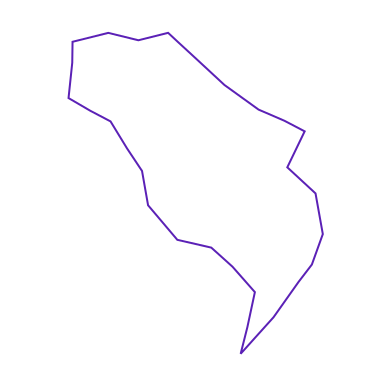 outline of Masari, Cyprus, rotated 6°
{"feature_id": "46923920B88721309897809", "entity_name": "Masari", "entity_type": "district", "adm_level": 2, "iso_a3": "CYP", "parent_name": "Cyprus", "parent_adm1": "", "projection": "equal_earth", "projection_center": [33.076, 35.181], "detail": "fine", "context": "isolated", "style": "outline", "palette": "violet", "viewbox_px": 384, "rotation_deg": 6, "n_neighbors": 0, "source": "geoboundaries", "source_scale": "gbopen_adm2", "svg_char_len": 522}
<svg xmlns="http://www.w3.org/2000/svg" viewBox="0 0 384 384"><g transform="rotate(6 192 192)"><path d="M162.9,44.7L151.6,36.2L122.8,46.7L92.1,42.5L57.5,55.1L59.4,76.0L59.4,111.5L82.5,121.9L103.6,130.3L122.8,155.4L140.1,176.3L149.7,209.8L182.4,241.1L217.0,245.3L240.0,262.0L265.0,285.0L261.2,320.6L257.3,347.8L269.7,330.7L286.2,308.0L307.3,270.4L318.8,251.6L326.5,220.2L315.0,180.5L284.2,157.5L297.7,119.9L276.5,111.5L249.6,103.1L213.1,82.2L182.4,59.2L162.9,44.7Z" fill="none" stroke="#5b21b6" stroke-width="2"/></g></svg>